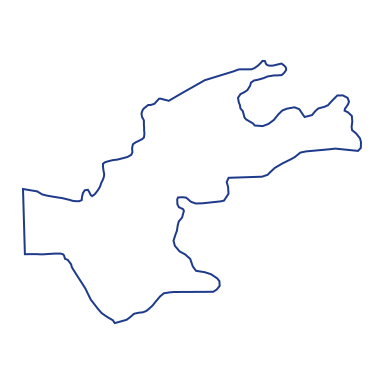 the district of Kapit, Sarawak, Malaysia
{"feature_id": "92858781B45914425263200", "entity_name": "Kapit", "entity_type": "district", "adm_level": 2, "iso_a3": "MYS", "parent_name": "Malaysia", "parent_adm1": "Sarawak", "projection": "albers", "projection_center": [113.189, 2.18], "detail": "fine", "context": "isolated", "style": "outline", "palette": "blue", "viewbox_px": 384, "rotation_deg": 0, "n_neighbors": 0, "source": "geoboundaries", "source_scale": "gbopen_adm2", "svg_char_len": 2815}
<svg xmlns="http://www.w3.org/2000/svg" viewBox="0 0 384 384"><path d="M114.8,323.1L126.6,319.8L130.5,316.9L134.0,313.8L138.3,312.8L142.9,312.3L146.3,311.0L149.0,308.8L152.6,305.5L155.7,301.6L160.0,296.5L163.8,293.3L169.5,292.4L173.9,292.0L213.2,291.8L216.8,289.5L219.7,285.8L219.4,281.1L217.1,278.3L211.0,274.2L204.7,272.2L196.0,270.8L192.8,266.4L190.2,258.9L185.0,254.3L179.6,251.4L174.9,245.9L173.5,240.7L175.6,234.2L176.9,230.8L177.8,225.0L178.8,221.4L182.1,217.5L183.9,210.8L183.0,209.1L178.9,207.2L177.4,204.3L177.2,199.5L178.0,197.5L182.6,197.2L186.3,197.7L188.5,199.7L191.0,201.8L195.7,203.5L202.4,203.3L220.4,201.4L224.0,200.6L228.5,193.8L228.1,187.0L226.7,182.1L228.6,177.8L262.0,176.7L267.6,174.8L270.6,171.8L274.8,167.9L282.5,163.4L290.8,159.3L294.9,157.0L300.3,152.6L306.1,151.4L329.1,149.3L335.4,148.6L343.1,149.4L358.0,150.9L359.2,149.6L360.8,148.0L361.0,142.2L360.0,138.4L356.1,133.4L352.1,130.2L351.6,126.9L352.3,121.6L351.8,115.9L347.8,112.2L344.6,110.7L345.0,108.7L347.8,104.7L349.0,101.8L347.6,97.9L342.9,95.4L337.3,95.5L332.0,100.8L328.0,105.2L324.5,106.8L318.2,108.5L315.2,111.2L312.0,115.1L304.6,117.0L302.2,113.6L299.3,109.2L294.5,107.3L287.2,108.6L282.4,110.4L278.3,114.4L273.9,119.9L268.5,123.9L262.7,126.1L254.7,125.5L253.1,123.5L246.1,119.4L244.5,117.5L243.6,114.1L242.8,111.2L240.4,108.3L239.9,105.0L238.9,102.8L238.0,97.8L240.5,94.1L244.1,92.3L247.3,90.2L250.1,85.8L251.0,82.6L254.0,80.5L257.7,79.8L263.1,78.3L267.8,76.4L274.3,75.4L277.4,75.4L281.5,75.1L282.3,74.5L283.1,73.9L284.8,72.0L286.1,70.0L286.1,68.3L285.4,66.9L284.2,65.6L281.6,63.6L279.6,64.0L273.0,65.6L269.5,65.7L267.3,65.1L265.9,63.8L265.0,61.1L262.5,60.9L260.7,63.0L258.0,65.6L254.3,68.2L251.5,69.3L246.8,69.3L239.7,69.3L237.2,69.9L234.4,71.1L204.8,80.2L182.5,92.8L168.8,100.8L160.6,98.7L159.1,98.7L157.4,100.5L154.4,103.8L150.7,105.0L148.2,105.0L144.0,108.3L142.8,109.8L142.1,111.5L141.5,113.5L142.0,116.9L142.9,118.5L143.9,120.5L143.9,123.3L143.9,125.4L144.1,127.1L144.1,130.5L144.4,133.0L144.3,135.0L143.9,137.5L142.2,139.1L138.5,141.0L135.7,142.3L132.9,144.3L132.1,148.1L132.4,152.3L131.2,154.9L127.4,157.0L117.4,159.6L113.0,160.1L109.2,161.0L105.1,162.2L103.0,163.7L103.0,166.6L103.4,170.1L104.2,174.2L103.9,176.6L103.1,179.2L101.2,183.1L100.0,186.7L97.9,190.2L94.8,194.2L92.2,196.1L90.8,195.2L89.4,192.3L87.9,189.8L84.9,190.2L83.0,192.9L82.0,196.9L81.7,200.1L79.2,201.2L76.1,201.2L72.4,200.8L70.1,200.0L66.3,199.1L62.2,198.1L57.4,197.4L53.2,196.7L49.6,196.1L46.0,195.4L42.2,194.4L37.2,191.4L23.0,189.0L24.9,254.2L36.1,254.1L39.6,254.3L43.7,254.3L49.5,253.9L54.9,253.6L60.4,253.6L63.0,254.3L64.0,255.4L65.0,258.8L67.8,259.9L71.1,264.3L71.7,266.8L73.2,269.5L85.3,288.4L90.8,299.7L94.1,303.9L97.1,307.8L101.5,313.0L105.6,315.9L108.9,318.0L112.8,320.2L114.8,323.1Z" fill="none" stroke="#1e3a8a" stroke-width="2"/></svg>